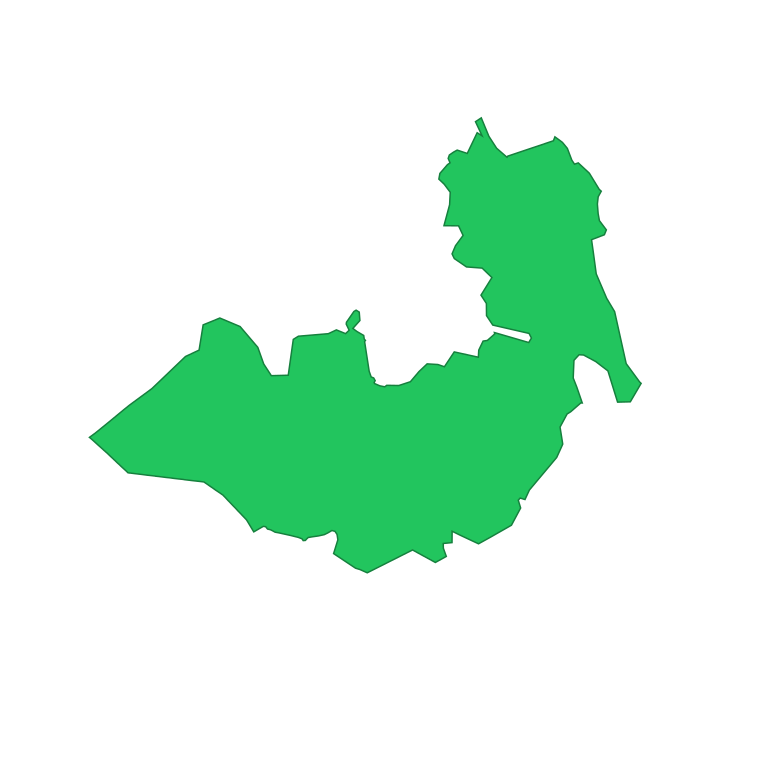 the district of Bara, North Kordufan, Sudan, rotated 151°
{"feature_id": "16777658B73241781951906", "entity_name": "Bara", "entity_type": "district", "adm_level": 2, "iso_a3": "SDN", "parent_name": "Sudan", "parent_adm1": "North Kordufan", "projection": "mercator", "projection_center": [31.071, 14.012], "detail": "fine", "context": "isolated", "style": "filled", "palette": "green", "viewbox_px": 768, "rotation_deg": 151, "n_neighbors": 0, "source": "geoboundaries", "source_scale": "gbopen_adm2", "svg_char_len": 3339}
<svg xmlns="http://www.w3.org/2000/svg" viewBox="0 0 768 768"><g transform="rotate(151 384 384)"><path d="M569.6,317.8L569.4,317.8L565.0,317.9L558.6,318.0L556.7,316.6L556.2,313.6L554.0,311.6L552.6,309.6L551.1,307.2L548.4,305.0L538.9,296.6L535.7,293.6L533.4,291.5L530.8,288.4L530.6,286.2L528.6,285.3L526.9,285.9L524.7,286.5L520.5,285.0L515.0,282.9L509.3,281.2L505.4,281.0L500.6,281.1L498.3,278.9L498.0,275.2L499.9,270.1L510.3,260.1L498.2,236.7L495.0,233.4L490.2,227.0L439.5,225.0L425.6,203.0L413.1,203.0L411.7,211.6L409.5,215.8L401.4,212.3L395.8,222.2L390.6,214.7L378.8,198.4L365.0,198.4L341.0,198.7L324.6,209.3L322.9,217.3L320.2,218.2L316.7,214.6L308.2,220.8L268.6,236.0L259.4,242.8L256.8,244.8L250.9,261.0L238.4,269.0L234.2,269.2L221.1,272.0L219.8,271.3L216.9,287.7L215.6,297.5L206.4,312.6L199.2,315.0L195.4,312.6L187.9,300.9L181.8,286.9L188.5,254.9L177.2,249.0L158.8,259.9L159.4,261.7L162.3,284.4L147.2,335.5L147.7,351.0L145.0,377.4L137.7,396.1L132.5,409.6L118.9,407.7L114.8,411.0L116.4,422.4L114.1,429.2L110.1,438.0L105.9,443.9L100.5,447.3L101.4,449.9L102.2,468.8L106.9,483.2L110.8,483.9L111.2,488.7L109.4,501.2L110.8,508.8L112.5,512.6L114.7,517.3L117.9,514.6L165.3,523.3L166.5,522.7L171.2,535.6L172.2,550.2L172.1,550.4L169.9,569.6L176.8,569.1L177.9,553.5L178.6,554.8L180.7,558.6L199.4,545.3L206.6,553.1L210.7,553.1L215.8,552.6L218.5,550.2L219.0,545.4L222.1,545.1L233.0,541.1L236.7,536.6L234.5,529.6L233.1,519.6L239.7,509.0L254.8,493.4L242.1,486.2L242.8,475.6L254.4,470.3L261.4,464.8L261.7,459.6L255.1,446.4L242.0,437.8L238.0,424.8L256.1,414.7L255.4,404.8L261.2,394.1L260.3,382.8L232.6,357.9L232.8,352.7L237.3,350.1L262.5,375.5L262.9,374.1L272.5,372.0L276.5,373.5L284.7,367.7L288.5,361.7L307.0,378.0L322.8,369.8L327.4,374.9L336.5,380.7L347.4,377.9L359.8,373.2L371.8,375.5L382.2,381.5L384.7,381.2L388.5,384.4L392.0,388.9L392.0,390.0L390.1,391.2L390.1,394.3L391.8,396.4L390.8,402.3L380.4,430.5L379.1,431.1L379.5,432.9L378.2,436.3L382.2,443.0L384.3,447.7L374.3,451.2L370.8,458.9L372.6,462.1L375.2,462.0L386.9,456.2L388.0,454.7L388.4,447.9L393.2,446.7L399.4,454.4L408.3,455.0L435.7,467.3L441.7,467.0L463.5,438.1L478.5,445.9L479.5,459.8L476.6,477.2L482.0,504.0L495.6,521.3L503.6,522.2L513.5,523.4L529.3,503.3L544.3,504.3L574.3,496.4L589.2,492.5L616.9,488.9L623.3,487.8L643.7,484.0L660.6,481.0L662.4,480.8L665.2,480.4L666.5,480.3L667.5,480.1L667.4,479.9L666.5,477.5L666.2,476.7L663.7,469.3L661.8,463.9L661.6,463.4L661.2,462.0L660.8,461.0L660.1,458.9L659.7,457.9L659.4,456.9L658.3,453.3L658.1,452.7L657.0,449.4L656.9,448.8L656.8,448.7L656.4,447.5L656.2,446.8L655.7,445.1L655.2,443.5L654.9,442.8L654.7,442.1L653.8,439.2L653.3,437.7L652.1,434.1L651.5,432.3L651.0,430.5L650.1,429.8L649.7,429.5L648.9,429.0L648.4,428.6L645.8,426.7L640.5,422.9L638.6,421.5L635.5,419.2L633.5,417.8L629.0,414.6L628.6,414.2L625.6,412.1L621.5,409.1L619.9,407.9L616.7,405.7L613.4,403.2L609.2,400.2L608.9,400.0L605.9,397.9L605.1,397.2L598.6,392.5L592.4,388.1L589.5,386.0L589.0,385.6L588.0,383.6L585.4,378.3L584.9,377.4L582.6,372.6L581.3,370.1L578.9,365.3L578.7,364.9L578.5,364.0L577.9,361.9L576.7,357.0L576.6,356.8L575.7,353.3L574.9,350.2L574.3,348.1L573.6,345.3L573.4,344.3L572.1,339.6L571.7,337.9L570.9,334.9L570.7,334.2L570.6,333.6L570.5,333.2L570.2,332.4L570.2,332.0L570.1,331.8L569.8,323.6L569.6,317.8Z" fill="#22c55e" stroke="#15803d" stroke-width="1.5"/></g></svg>